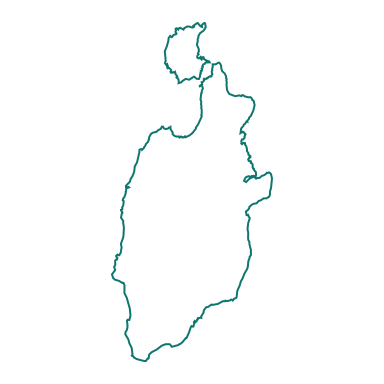 Providencia (Santa Isabel), San Andrés y Providencia, Colombia (Equal Earth projection)
{"feature_id": "7082276B29529138088476", "entity_name": "Providencia (Santa Isabel)", "entity_type": "district", "adm_level": 2, "iso_a3": "COL", "parent_name": "Colombia", "parent_adm1": "San Andrés y Providencia", "projection": "equal_earth", "projection_center": [-81.369, 13.358], "detail": "fine", "context": "isolated", "style": "outline", "palette": "teal", "viewbox_px": 384, "rotation_deg": 0, "n_neighbors": 0, "source": "geoboundaries", "source_scale": "gbopen_adm2", "svg_char_len": 5940}
<svg xmlns="http://www.w3.org/2000/svg" viewBox="0 0 384 384"><path d="M245.1,123.8L246.5,121.5L247.2,121.7L247.0,121.2L248.9,118.9L249.0,117.9L251.0,115.6L253.3,110.6L254.6,105.1L253.8,101.3L253.3,100.4L252.4,100.1L251.6,98.2L250.5,97.2L248.5,97.3L245.0,96.5L242.9,95.1L242.3,95.1L241.4,96.1L239.2,95.4L235.2,96.2L229.4,94.0L228.1,92.2L227.0,89.7L226.5,84.6L226.8,82.3L226.3,80.2L226.7,79.0L226.1,78.2L226.1,76.3L224.7,73.5L222.2,71.2L221.4,68.9L221.1,65.6L220.2,63.8L219.2,62.7L218.5,62.7L215.3,64.4L212.7,64.3L212.7,67.3L212.2,68.4L212.3,70.3L212.0,70.4L211.8,71.2L211.9,73.0L212.4,74.0L211.7,75.0L211.6,76.1L210.8,76.7L210.1,76.3L208.7,76.9L207.6,78.2L207.1,77.9L206.1,79.0L204.0,78.7L203.7,79.4L204.2,80.3L202.7,82.1L201.7,82.2L202.2,84.3L199.7,85.9L199.9,86.3L201.2,85.4L202.3,86.4L202.9,88.4L201.9,90.6L201.6,93.2L201.2,93.3L200.5,99.7L201.3,101.7L201.0,104.2L201.5,105.9L201.2,107.8L201.7,109.6L201.7,113.7L201.3,115.2L201.7,115.5L201.5,117.0L198.1,124.4L196.1,127.2L195.8,128.8L192.4,133.1L189.5,135.4L185.4,137.3L184.9,136.4L184.3,137.0L183.0,137.5L182.7,137.1L182.0,137.3L180.8,136.2L180.7,135.7L180.5,136.9L179.6,137.6L178.5,136.4L177.0,136.6L174.8,136.1L172.7,134.3L172.7,132.6L170.5,129.0L170.4,127.0L169.6,127.6L169.0,127.5L167.9,128.6L165.5,129.1L163.8,128.2L163.0,126.7L161.8,126.7L160.9,128.8L158.1,130.2L156.5,131.8L152.5,132.8L150.9,134.1L149.4,136.7L148.9,138.1L149.2,139.1L148.5,140.1L148.2,141.7L146.0,143.9L145.2,145.9L144.1,147.1L144.0,147.8L142.1,149.8L141.9,149.2L140.7,149.1L139.4,149.9L139.4,152.1L137.0,162.5L134.8,166.3L134.2,171.6L132.7,175.7L130.5,179.2L130.0,181.6L126.0,185.7L126.1,187.3L128.5,186.9L129.0,187.4L126.2,188.3L126.2,190.8L125.6,191.8L125.8,193.2L124.3,197.2L123.3,198.4L122.8,199.8L122.8,200.5L123.6,201.0L123.7,201.7L123.2,205.6L122.1,207.6L122.4,208.4L122.2,209.4L121.0,209.8L121.1,210.6L122.1,211.9L122.4,212.8L121.9,213.0L121.0,217.7L123.3,221.1L123.1,222.5L123.9,227.4L123.5,235.4L123.0,238.1L120.9,243.9L121.6,247.3L120.7,252.8L119.2,255.2L118.5,255.3L117.5,254.6L116.3,255.6L116.1,256.2L117.2,257.7L117.3,258.9L117.0,259.5L116.1,259.5L115.1,260.9L115.3,264.8L114.1,266.9L115.2,270.0L112.0,274.3L113.1,278.0L115.0,279.7L119.1,280.9L122.2,282.9L122.5,282.6L123.5,282.9L124.5,285.2L124.4,293.0L126.8,297.9L129.8,308.6L130.5,315.6L129.3,320.0L127.5,319.8L127.0,320.6L127.5,325.4L127.4,327.8L126.6,330.5L125.5,332.1L125.3,334.3L128.3,339.3L129.4,343.3L131.7,348.0L132.5,354.3L132.4,355.3L131.9,355.6L132.1,356.0L133.4,356.4L134.0,357.5L136.8,359.1L143.7,360.9L145.9,361.0L147.6,358.5L148.4,358.6L148.7,358.2L149.1,354.9L149.7,354.0L151.8,352.1L156.8,349.5L161.9,345.6L165.6,344.2L169.3,344.2L170.0,344.4L171.9,346.8L178.5,345.0L179.0,344.3L180.2,344.0L182.4,342.2L185.9,338.0L186.5,338.1L189.2,332.0L190.6,327.6L191.5,326.1L193.0,326.7L193.5,326.4L193.5,325.6L194.2,324.2L194.0,322.3L195.0,322.3L194.9,321.5L194.4,321.5L194.7,321.0L195.5,321.6L196.4,321.6L196.9,319.8L197.7,319.5L197.8,318.2L198.3,317.9L198.9,318.2L200.4,317.6L201.3,317.9L201.3,316.2L203.5,312.6L203.9,310.2L206.1,307.3L208.3,306.8L211.5,304.5L212.6,304.9L217.7,304.0L223.1,301.1L224.6,301.3L225.4,300.6L226.6,301.2L230.1,300.4L231.0,299.6L231.9,299.7L232.8,300.5L234.1,298.7L236.1,298.0L236.6,297.2L237.3,290.8L239.8,285.2L240.8,281.5L242.6,278.3L244.5,273.5L247.2,268.9L247.8,266.8L248.4,261.0L249.7,257.5L249.6,256.9L250.9,255.2L250.9,249.9L249.5,244.5L249.3,241.8L248.4,240.1L248.1,238.6L248.2,232.6L247.5,229.2L248.2,223.2L249.1,220.0L249.6,219.2L249.7,217.8L248.7,216.8L248.2,214.9L246.6,215.1L245.9,211.6L248.1,209.8L249.2,208.3L249.3,207.0L251.7,204.8L253.6,203.8L256.5,203.3L258.7,201.0L260.8,200.3L263.6,198.4L266.6,198.3L269.1,196.7L269.9,195.0L270.1,190.8L271.0,188.3L272.0,178.3L271.0,174.1L269.7,172.7L269.0,172.4L267.7,173.0L267.0,172.7L265.9,173.9L264.1,175.2L261.8,175.9L259.6,177.9L257.2,178.0L256.1,178.7L255.2,177.9L254.5,176.5L254.1,176.5L249.4,178.7L246.1,182.1L244.0,180.8L245.4,177.8L246.5,176.9L248.8,176.2L250.3,176.9L251.8,176.0L252.6,176.3L253.4,175.8L255.7,176.3L256.1,175.0L255.8,172.0L253.7,169.6L253.9,168.7L253.0,168.2L252.5,167.0L252.8,166.3L252.4,163.8L250.7,162.8L251.1,162.1L250.8,161.2L248.7,160.9L248.2,159.3L249.1,158.5L249.2,157.4L250.4,157.3L250.4,156.1L248.3,154.5L248.4,153.0L246.9,151.1L247.0,149.1L246.2,146.2L245.1,144.7L245.0,143.1L243.6,142.9L242.0,144.2L241.4,143.6L241.7,143.3L241.3,141.1L241.6,140.3L242.2,139.3L243.1,139.5L244.2,138.4L244.7,137.4L244.4,136.6L245.4,134.7L245.0,134.3L245.2,133.7L244.1,133.0L243.6,132.0L242.7,132.2L242.5,131.8L240.5,133.1L241.2,128.4L243.4,125.9L243.8,124.6L245.1,123.8ZM200.5,26.3L197.7,23.0L197.1,23.1L193.1,26.0L193.2,26.5L194.1,26.2L193.9,26.9L192.2,27.6L189.5,26.6L187.2,26.5L184.2,28.2L183.5,29.6L180.2,27.8L179.2,28.1L178.3,29.6L176.9,28.3L176.3,28.4L175.6,28.8L176.0,30.8L175.5,31.4L175.6,32.3L176.4,33.2L176.3,34.1L173.4,35.0L172.1,37.1L171.4,37.1L170.2,35.9L168.7,37.8L168.3,41.1L166.8,46.4L164.8,51.3L165.7,60.9L164.9,63.0L166.2,64.9L166.5,64.9L166.5,64.2L167.0,64.1L166.9,65.8L167.2,66.0L167.5,65.2L167.9,66.5L167.2,66.7L167.5,68.3L169.3,68.1L170.8,69.5L171.2,70.7L170.5,71.7L170.7,72.5L171.9,72.8L173.2,72.1L174.0,72.6L175.0,71.8L175.7,74.4L177.0,76.0L176.8,76.6L177.4,76.9L177.4,77.4L176.8,77.7L178.4,79.2L178.8,82.1L178.6,83.1L181.2,82.4L182.4,81.0L185.7,78.9L189.2,79.7L194.0,76.6L196.7,78.8L198.9,79.0L199.9,76.9L200.2,74.1L200.8,73.7L200.5,72.3L201.5,71.4L201.6,70.9L201.3,70.6L201.8,70.5L202.2,69.5L202.2,68.7L201.8,68.3L202.7,67.4L202.8,66.5L202.4,66.3L203.1,64.6L204.7,63.8L205.6,62.5L209.7,62.4L209.1,61.4L206.2,60.4L203.6,58.8L203.7,57.4L203.2,57.1L201.9,57.3L201.5,59.4L200.7,58.7L200.4,57.2L199.4,58.2L198.3,58.3L197.2,57.5L197.4,55.7L198.6,54.3L197.9,53.5L198.9,51.2L198.6,48.5L197.0,45.1L197.1,43.5L197.7,41.9L197.7,38.9L198.4,37.6L198.4,36.0L200.2,33.0L203.4,30.8L204.6,29.3L205.7,27.2L205.2,23.6L204.7,23.0L203.7,23.3L201.6,25.4L202.0,26.9L200.5,26.3Z" fill="none" stroke="#0f766e" stroke-width="2"/></svg>